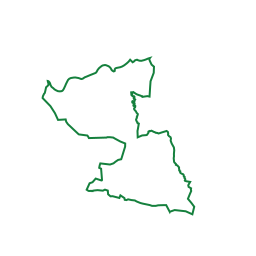 outline of Rimin Gado, Kano, Nigeria, rotated 202°
{"feature_id": "59680162B46553103488347", "entity_name": "Rimin Gado", "entity_type": "district", "adm_level": 2, "iso_a3": "NGA", "parent_name": "Nigeria", "parent_adm1": "Kano", "projection": "orthographic", "projection_center": [8.273, 11.925], "detail": "fine", "context": "isolated", "style": "outline", "palette": "green", "viewbox_px": 256, "rotation_deg": 202, "n_neighbors": 0, "source": "geoboundaries", "source_scale": "gbopen_adm2", "svg_char_len": 4483}
<svg xmlns="http://www.w3.org/2000/svg" viewBox="0 0 256 256"><g transform="rotate(202 128 128)"><path d="M133.9,201.1L135.4,199.9L137.1,198.2L138.6,196.9L140.8,195.3L142.6,194.7L144.5,194.6L145.2,194.7L146.1,194.0L146.9,193.3L147.3,192.1L148.3,190.7L151.6,192.1L152.3,189.7L153.4,187.4L155.0,184.7L156.4,182.9L157.9,181.5L161.4,179.2L162.1,178.4L162.3,177.4L161.9,176.6L161.7,175.9L162.4,175.1L163.6,175.2L164.8,175.6L165.9,176.5L167.0,177.3L169.0,178.0L171.7,178.0L172.9,177.8L174.8,176.6L175.6,175.7L177.2,172.8L177.9,170.6L178.0,169.5L178.2,168.0L178.6,167.0L181.0,164.7L182.6,163.2L185.6,160.2L187.1,158.8L188.5,156.7L189.7,155.9L192.6,155.8L195.8,155.1L197.1,154.5L199.6,153.0L200.9,151.7L201.6,150.1L201.8,147.9L202.0,145.2L202.0,143.5L202.2,140.1L202.5,138.6L202.8,137.9L203.5,137.2L205.0,136.4L206.8,135.9L208.8,136.0L210.7,136.3L212.1,136.9L214.3,137.5L216.0,138.9L217.0,140.2L218.0,141.0L219.3,141.6L220.0,141.5L219.5,140.7L218.7,139.8L217.9,138.3L218.3,136.9L219.2,135.1L218.8,132.7L218.6,131.6L218.5,130.9L218.3,129.4L218.3,129.2L218.7,128.0L218.7,127.1L218.7,126.8L218.8,126.0L218.7,125.1L218.4,123.8L208.1,119.2L201.3,114.4L195.9,109.3L189.0,112.6L187.7,110.7L185.1,109.0L171.4,103.7L171.0,103.7L162.9,105.8L161.7,105.1L161.4,104.8L160.5,104.0L144.3,111.1L143.8,111.7L141.3,112.7L138.1,113.6L136.3,113.3L130.1,112.6L124.8,112.6L123.7,109.7L122.7,98.1L122.6,96.5L125.2,94.7L127.0,92.0L128.2,89.8L131.0,87.4L135.7,86.1L140.4,84.8L140.3,83.0L139.8,80.3L137.7,80.2L132.6,70.0L132.7,69.6L133.0,69.4L139.0,69.0L140.6,64.4L142.9,62.4L143.2,55.3L141.1,54.9L140.0,55.2L139.2,55.7L138.5,55.7L138.0,56.2L137.0,56.3L136.8,56.9L135.0,57.9L132.9,59.0L127.8,60.5L126.3,62.2L123.3,62.4L121.6,59.1L118.6,58.1L116.7,59.0L109.8,59.9L109.8,62.7L105.1,61.7L104.1,60.2L102.4,60.6L101.2,61.9L97.7,62.5L94.5,63.4L92.6,63.1L88.4,63.1L86.1,63.4L78.9,64.7L76.5,64.8L73.1,66.2L71.1,67.6L68.0,69.0L63.7,70.8L57.9,65.9L57.9,66.0L54.0,69.4L43.3,72.4L36.0,72.1L37.1,79.8L41.2,82.3L45.9,84.8L45.9,90.3L45.8,93.3L46.5,94.2L46.8,95.1L46.9,95.7L49.7,96.1L50.7,97.5L50.2,101.3L51.1,101.1L53.8,100.5L55.4,100.4L55.7,100.7L55.6,101.1L55.6,101.6L55.7,102.0L56.1,102.4L56.6,102.7L57.1,102.9L57.1,103.8L57.6,104.0L58.3,104.2L58.5,104.6L58.6,105.0L59.0,105.5L59.4,105.7L59.9,105.8L60.4,105.7L61.3,105.8L62.3,105.9L62.7,106.1L63.0,106.4L63.3,106.8L63.3,107.3L63.8,107.3L64.2,107.6L64.3,108.0L64.8,108.1L65.0,108.8L65.4,109.4L65.7,109.8L65.8,110.4L66.2,110.8L66.9,111.1L67.7,111.5L68.2,111.8L68.7,111.8L69.4,111.7L69.8,111.8L69.8,112.3L70.2,112.7L70.6,112.8L71.1,113.0L71.4,113.2L72.0,113.4L72.6,113.9L74.3,117.1L74.8,119.1L75.7,121.1L76.8,124.7L78.2,127.2L80.2,128.8L81.7,130.0L83.7,132.2L84.2,134.3L85.1,135.4L86.9,135.8L88.3,136.6L88.7,138.0L89.6,139.3L91.1,139.7L95.2,136.4L97.2,134.7L97.8,134.3L98.7,134.5L99.3,134.2L100.0,134.2L100.7,133.9L101.6,134.2L103.1,134.0L103.9,134.3L104.5,134.2L105.2,134.3L106.3,133.4L106.5,133.2L107.1,133.2L107.4,132.6L107.7,132.3L107.3,131.3L107.7,129.3L108.0,128.5L108.9,128.0L112.1,126.4L115.5,123.0L118.1,128.8L118.4,130.5L119.6,136.1L120.9,136.0L121.1,136.3L121.3,136.8L122.0,137.0L122.5,137.5L123.0,138.0L123.6,138.6L123.7,139.3L123.6,140.6L123.6,140.9L124.0,141.4L124.0,141.6L123.8,142.1L124.0,142.5L124.0,142.8L123.9,143.5L123.9,144.0L124.2,144.7L125.7,145.3L127.0,146.5L127.8,146.8L128.4,147.1L128.9,147.4L129.4,147.8L129.7,148.4L129.6,148.8L129.5,149.2L129.2,149.6L129.2,150.2L129.3,150.6L129.4,150.9L129.5,151.2L129.8,151.3L130.1,151.2L130.2,150.8L130.4,150.6L130.7,150.6L131.2,150.6L131.5,151.0L131.5,151.4L131.6,151.9L131.5,152.4L131.1,152.6L130.9,152.9L131.3,153.5L131.7,153.5L132.1,153.4L132.9,153.1L133.5,153.2L133.8,153.6L134.0,154.2L133.9,154.6L133.6,154.7L133.3,154.6L132.6,154.8L132.1,155.1L132.0,155.5L132.2,155.8L132.2,156.4L132.1,156.7L132.0,157.1L132.4,157.3L132.5,157.1L133.1,157.0L133.7,157.4L133.9,158.0L133.5,158.1L133.5,158.9L133.8,159.5L134.3,159.7L134.7,159.6L134.7,159.3L135.0,159.2L135.9,159.3L136.5,159.6L137.1,159.8L137.4,160.2L137.4,160.6L137.1,160.5L136.9,160.4L136.8,160.9L136.8,161.3L137.0,161.6L137.4,161.6L137.5,161.4L137.9,161.3L138.1,161.6L138.3,161.9L138.4,162.3L137.1,162.8L136.6,163.3L135.2,163.0L133.3,162.6L132.0,162.5L130.2,162.6L128.5,162.7L127.2,162.6L126.7,162.8L126.5,162.7L126.3,162.5L126.2,162.3L125.8,162.5L125.6,162.7L124.9,163.1L122.0,164.8L119.8,165.2L121.1,169.1L123.0,174.8L124.6,179.8L124.8,188.8L126.9,194.6L129.9,195.6L133.0,198.5L134.2,200.0L133.9,201.1Z" fill="none" stroke="#15803d" stroke-width="2"/></g></svg>